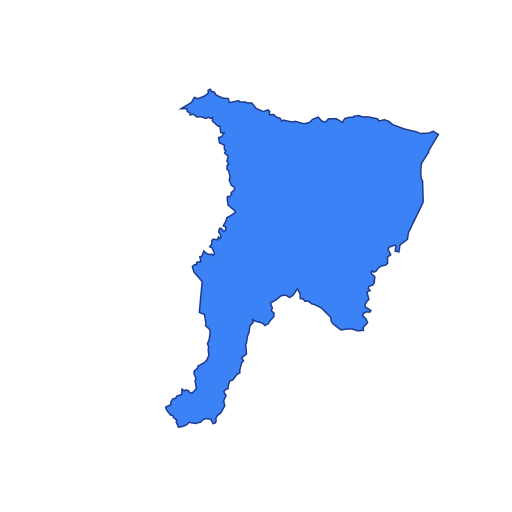 the district of Ciales, Puerto Rico, rotated 25°
{"feature_id": "32010507B34283188720428", "entity_name": "Ciales", "entity_type": "district", "adm_level": 2, "iso_a3": "PRI", "parent_name": "Puerto Rico", "parent_adm1": "", "projection": "mercator", "projection_center": [-66.527, 18.264], "detail": "fine", "context": "isolated", "style": "filled", "palette": "blue", "viewbox_px": 512, "rotation_deg": 25, "n_neighbors": 0, "source": "geoboundaries", "source_scale": "gbopen_adm2", "svg_char_len": 3784}
<svg xmlns="http://www.w3.org/2000/svg" viewBox="0 0 512 512"><g transform="rotate(25 256 256)"><path d="M132.6,144.1L125.8,154.2L131.0,151.7L132.8,154.1L135.6,154.3L136.6,156.0L139.5,153.9L143.6,155.0L147.3,153.0L152.5,152.5L154.0,150.4L156.7,150.5L158.1,148.8L159.3,152.0L166.5,154.3L168.5,153.6L171.9,159.2L175.0,157.7L174.4,162.4L172.0,164.5L175.2,168.9L180.4,168.9L182.4,172.9L184.2,173.5L184.0,175.9L188.8,177.5L189.4,182.2L192.2,184.0L191.5,186.1L193.1,189.7L195.3,190.4L199.3,195.6L199.4,198.2L203.6,202.2L207.5,202.9L208.6,205.2L206.7,208.9L207.7,210.5L207.1,213.7L205.1,213.9L205.3,215.5L209.2,221.7L217.8,224.0L218.9,225.1L215.9,230.2L213.3,233.7L214.0,236.4L213.6,242.5L216.5,242.5L217.6,245.5L216.6,247.3L212.8,245.7L211.2,246.3L212.1,250.2L213.9,250.8L216.6,254.0L215.8,255.4L214.0,254.6L214.3,257.5L209.9,259.0L209.5,260.8L210.9,264.0L210.1,267.2L212.8,267.2L216.4,270.3L217.5,272.0L216.8,273.8L215.0,273.0L213.5,274.3L209.7,274.6L206.6,273.4L207.0,279.5L205.3,280.3L208.5,284.5L204.9,286.6L205.9,288.9L203.9,289.7L202.8,292.5L206.3,296.6L218.1,302.0L222.3,313.9L228.5,331.1L234.1,330.8L239.3,338.6L239.7,340.5L245.1,342.1L246.5,344.0L248.8,351.3L249.1,355.9L251.8,358.8L252.0,360.6L255.2,366.0L255.4,370.5L254.5,374.1L250.0,380.0L250.4,382.2L248.6,386.6L249.8,389.1L253.5,392.5L253.5,394.8L258.0,401.4L256.0,407.2L253.4,407.9L252.0,406.6L249.3,406.8L248.2,408.4L245.2,407.9L247.2,412.7L243.4,416.6L243.3,418.8L240.9,420.9L240.5,424.8L241.9,426.4L238.0,431.0L239.8,433.2L245.8,436.3L247.8,435.6L249.7,437.4L253.8,438.3L253.8,440.1L258.1,443.9L261.5,441.5L264.4,438.3L265.7,435.0L271.9,433.4L276.3,429.7L276.7,427.4L279.2,424.6L283.9,423.0L287.9,426.1L289.6,424.5L289.7,422.8L288.2,420.1L288.4,417.0L290.4,413.1L291.0,404.9L287.9,400.9L287.8,395.1L284.1,392.7L285.0,389.6L286.8,388.0L285.7,385.9L285.0,380.6L287.3,378.2L288.8,371.3L290.8,368.7L289.6,366.6L288.1,359.0L289.0,356.2L286.0,354.3L288.8,348.9L285.3,342.5L284.3,341.6L284.0,338.3L282.2,332.6L282.0,328.3L280.0,321.8L281.5,317.1L279.8,315.2L283.7,315.3L290.3,314.0L293.5,315.3L295.8,311.9L296.0,309.1L297.8,303.3L296.5,300.1L293.0,299.2L292.8,296.2L289.0,292.7L293.3,286.2L295.6,281.4L299.4,278.9L304.1,279.4L306.2,275.8L307.2,269.1L307.5,268.1L312.1,272.0L314.2,275.9L317.0,275.1L319.6,276.4L322.4,274.7L326.6,275.8L330.2,275.2L337.3,275.5L348.9,279.7L350.2,280.7L351.6,283.2L354.8,285.1L364.3,287.1L369.2,283.8L374.0,281.5L379.7,280.9L384.8,278.0L384.3,277.0L383.2,275.6L385.3,269.3L382.3,266.5L378.3,265.3L377.5,262.8L379.6,260.1L382.9,258.7L383.2,256.9L376.7,255.9L375.3,254.3L375.9,249.5L376.7,247.7L371.8,241.8L374.0,239.0L371.4,237.9L371.1,236.0L374.1,232.8L374.5,230.4L372.4,224.5L367.7,223.1L367.3,220.7L369.4,220.9L371.1,219.4L371.9,215.2L373.7,212.2L377.5,209.2L378.3,206.9L375.6,201.3L376.5,199.9L377.6,198.0L373.2,194.5L372.8,192.0L377.0,187.6L378.4,187.4L380.1,192.8L383.8,191.9L381.8,185.1L386.2,176.9L385.5,174.5L384.3,170.4L384.6,148.8L384.7,144.2L384.7,136.3L375.2,117.5L373.2,116.2L370.5,111.7L368.6,107.2L366.8,102.2L368.6,89.0L368.0,87.2L370.0,68.8L363.8,68.1L360.6,71.7L353.2,75.5L348.6,75.7L336.6,78.2L324.6,79.2L319.5,77.8L314.8,78.2L310.4,81.7L308.2,80.3L299.0,82.5L293.2,85.1L289.8,85.2L285.4,88.2L285.1,89.7L282.6,90.4L278.3,93.9L277.9,98.4L270.7,97.6L263.7,101.1L262.5,105.1L260.9,105.7L258.1,105.7L253.7,103.8L249.5,108.3L248.0,112.5L243.6,115.9L234.6,117.4L232.1,119.3L223.5,121.3L222.2,122.7L219.6,121.0L215.7,121.5L212.3,120.3L208.5,122.4L207.3,119.3L205.2,118.4L201.7,122.0L193.9,122.2L187.4,119.1L183.2,121.1L181.7,120.8L176.3,123.2L174.5,122.6L171.5,125.0L167.1,128.2L164.2,125.0L159.4,126.9L152.0,127.0L148.5,124.9L146.7,125.7L143.8,124.2L142.6,126.2L143.9,128.5L141.7,132.9L136.8,138.0L133.1,138.3L132.6,144.1Z" fill="#3b82f6" stroke="#1e3a8a" stroke-width="1.5"/></g></svg>